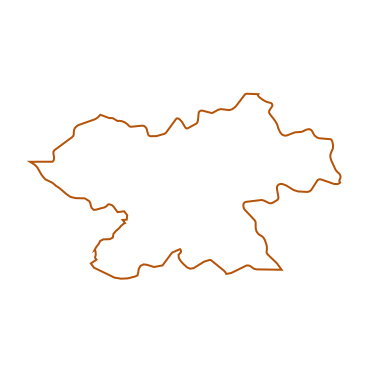 Královéhradecký, Natural Earth projection, rotated 165°
{"feature_id": "CZE-1598", "entity_name": "Královéhradecký", "entity_type": "Region", "adm_level": 1, "iso_a3": "CZE", "parent_name": "Czechia", "parent_adm1": "", "projection": "natural_earth1", "projection_center": [15.778, 50.402], "detail": "fine", "context": "isolated", "style": "outline", "palette": "amber", "viewbox_px": 384, "rotation_deg": 165, "n_neighbors": 0, "source": "natural_earth", "source_scale": "10m", "svg_char_len": 3471}
<svg xmlns="http://www.w3.org/2000/svg" viewBox="0 0 384 384"><g transform="rotate(165 192 192)"><path d="M125.6,93.7L149.8,100.6L152.0,101.8L154.7,105.1L156.2,106.3L158.3,106.9L175.1,103.6L180.1,104.0L180.5,105.7L181.2,107.3L191.4,121.4L192.7,121.8L198.3,121.6L210.2,118.0L213.6,118.4L216.3,120.5L218.9,124.6L220.7,128.1L221.8,131.6L221.3,134.7L218.4,136.6L218.0,137.5L217.9,138.3L218.0,139.1L218.4,139.9L227.0,138.6L239.5,128.7L248.1,129.4L254.5,133.4L257.5,134.6L260.9,134.0L263.4,131.4L264.8,128.1L266.3,125.5L268.9,125.1L276.3,125.2L282.9,126.6L289.1,129.4L306.3,144.3L308.2,149.2L301.8,151.3L302.6,153.3L302.6,154.1L302.0,154.8L301.2,156.3L300.9,157.7L300.6,159.6L300.6,161.2L301.2,161.0L299.4,163.0L295.3,166.3L293.4,168.5L289.9,169.2L283.5,167.7L280.3,168.5L278.7,171.9L275.7,174.0L272.1,175.7L269.0,177.8L267.9,178.2L266.1,179.2L264.8,179.3L265.8,182.1L266.2,182.9L262.2,182.2L260.6,186.3L262.5,190.9L269.1,191.8L271.7,198.5L272.7,200.0L275.3,201.7L276.7,201.5L278.2,200.4L280.5,199.8L289.8,199.8L291.7,200.3L293.1,202.7L293.3,205.1L293.1,207.5L293.6,209.7L297.2,213.6L306.3,216.3L310.8,218.9L313.7,222.3L318.9,229.9L321.8,233.2L324.4,237.0L330.5,242.3L332.8,247.2L335.1,256.0L337.0,259.2L340.6,263.1L319.1,257.4L318.1,257.8L317.2,258.7L316.6,260.0L316.2,261.5L315.9,265.0L315.5,266.6L314.3,267.9L293.4,276.1L292.2,276.9L291.4,278.0L290.4,281.3L289.7,282.7L288.7,283.9L287.5,284.8L284.7,286.0L266.6,287.4L263.5,288.5L260.5,290.3L252.6,284.7L250.3,284.2L249.3,283.7L246.1,280.4L245.4,279.8L243.6,279.5L241.3,278.5L238.9,276.7L236.9,274.2L235.4,271.6L234.1,270.8L222.5,268.9L220.9,267.9L220.0,266.5L219.5,264.9L219.5,259.6L219.3,258.2L218.7,257.3L217.5,256.6L211.9,255.2L203.5,255.3L201.6,256.1L188.7,266.5L187.5,267.0L186.7,266.8L185.8,266.1L185.0,265.2L183.6,262.5L181.7,255.8L181.0,254.9L179.9,254.6L169.8,257.0L168.6,258.2L167.6,259.9L165.0,266.9L164.0,267.9L162.7,268.3L161.1,268.0L152.9,263.4L151.8,263.1L145.6,264.6L142.6,264.6L134.7,261.4L131.6,261.6L127.7,263.2L115.4,272.7L113.8,272.8L102.6,269.3L103.2,268.6L103.1,267.5L102.3,265.9L99.7,262.7L97.7,260.7L96.2,259.5L92.9,257.6L92.4,257.0L91.9,256.2L91.9,254.9L92.3,254.1L95.6,251.3L96.4,250.3L96.7,249.7L96.9,249.2L97.0,248.5L96.6,247.1L93.5,239.7L92.7,237.0L92.2,234.8L92.2,231.3L91.4,226.9L90.8,225.4L89.9,223.9L88.3,222.7L86.9,222.2L85.4,222.1L77.2,223.0L71.6,221.9L69.8,221.8L66.0,222.5L64.6,222.6L63.1,222.5L62.0,222.1L60.9,221.1L60.2,219.7L59.6,216.8L58.9,214.7L57.2,212.4L55.9,211.4L54.7,210.8L44.7,207.2L44.1,206.9L43.7,205.9L43.4,204.2L43.7,200.4L44.4,198.3L44.9,197.1L46.7,195.1L48.4,192.6L49.1,191.1L49.4,189.0L49.3,186.4L47.5,176.0L47.0,174.9L46.4,173.7L45.0,171.6L44.5,170.1L44.6,168.1L45.3,166.7L45.5,166.6L46.1,165.8L46.8,164.8L46.8,163.9L46.4,162.9L46.9,162.5L47.5,162.3L48.4,162.1L49.5,162.0L52.7,163.0L63.9,170.6L65.3,171.2L66.5,171.3L67.7,170.9L76.5,162.9L78.4,162.2L80.6,162.2L89.4,165.1L93.3,167.6L99.5,174.1L102.5,176.2L104.0,176.8L105.4,176.9L106.7,176.6L107.9,175.8L108.8,174.4L109.2,172.5L109.9,164.3L110.6,162.9L111.7,162.2L116.9,160.7L118.1,160.6L119.3,160.8L120.4,161.3L124.6,165.0L126.9,166.3L142.4,168.5L143.9,168.3L145.0,167.5L145.8,166.1L146.1,164.3L146.1,162.7L145.6,161.2L138.7,148.3L138.5,147.3L138.4,146.2L139.8,140.7L139.9,139.2L139.9,137.6L139.5,136.1L138.9,134.6L138.0,133.3L135.5,130.7L134.6,128.8L134.0,126.4L133.7,121.4L134.0,119.1L134.5,117.1L135.2,115.7L135.6,114.2L135.1,112.2L128.4,101.1L125.6,93.7Z" fill="none" stroke="#b45309" stroke-width="2"/></g></svg>